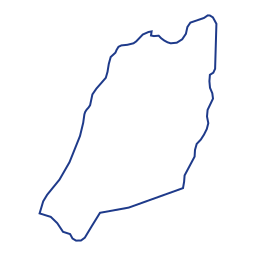 outline of Adjumani
{"feature_id": "UGA-3079", "entity_name": "Adjumani", "entity_type": "District", "adm_level": 1, "iso_a3": "UGA", "parent_name": "Uganda", "parent_adm1": "", "projection": "natural_earth1", "projection_center": [31.782, 3.228], "detail": "fine", "context": "isolated", "style": "outline", "palette": "blue", "viewbox_px": 256, "rotation_deg": 0, "n_neighbors": 0, "source": "natural_earth", "source_scale": "10m", "svg_char_len": 997}
<svg xmlns="http://www.w3.org/2000/svg" viewBox="0 0 256 256"><path d="M207.7,15.4L209.9,15.5L212.9,17.4L216.4,23.8L216.4,24.0L215.1,68.8L213.3,72.7L209.9,74.8L209.4,81.2L210.0,87.8L212.3,93.3L213.0,98.6L207.6,109.9L207.0,116.5L208.3,123.2L206.8,129.0L204.0,134.6L200.8,139.6L196.7,143.9L195.0,149.9L194.6,156.6L184.6,175.4L184.1,181.8L183.0,188.1L128.7,207.6L100.0,212.8L91.6,226.4L84.8,237.7L81.0,240.5L76.0,240.6L72.5,238.5L70.1,234.1L63.0,231.8L57.3,223.2L50.8,216.9L39.6,213.4L43.2,201.3L47.2,194.7L59.5,179.6L69.5,162.2L72.8,154.0L80.0,136.0L83.2,122.8L84.4,114.3L85.2,111.9L86.6,109.7L88.5,107.6L90.1,105.2L92.4,94.4L96.4,88.6L105.8,77.8L107.5,71.9L108.8,63.9L110.7,57.0L115.4,52.7L116.7,49.7L118.5,46.8L121.4,45.4L127.4,44.8L133.5,43.3L136.2,41.4L142.8,34.5L148.5,32.0L151.6,31.4L151.0,35.5L153.8,36.1L158.7,35.7L161.1,38.2L164.2,40.5L167.5,42.3L170.7,43.3L176.8,42.7L182.2,39.3L185.9,33.8L187.4,27.0L190.4,22.6L204.1,17.9L207.7,15.4Z" fill="none" stroke="#1e3a8a" stroke-width="2"/></svg>